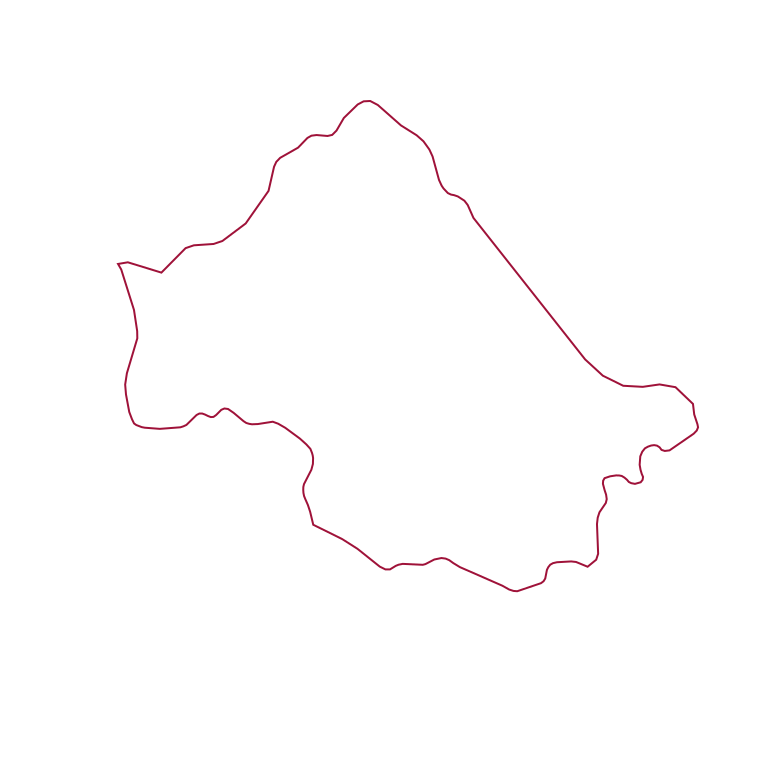 SVG path tracing the border of Pordenone, rotated 314°
{"feature_id": "ITA-5456", "entity_name": "Pordenone", "entity_type": "Province", "adm_level": 1, "iso_a3": "ITA", "parent_name": "Italy", "parent_adm1": "", "projection": "albers", "projection_center": [12.662, 46.102], "detail": "fine", "context": "isolated", "style": "outline", "palette": "rose", "viewbox_px": 768, "rotation_deg": 314, "n_neighbors": 0, "source": "natural_earth", "source_scale": "10m", "svg_char_len": 2290}
<svg xmlns="http://www.w3.org/2000/svg" viewBox="0 0 768 768"><g transform="rotate(314 384 384)"><path d="M285.6,109.3L293.6,115.2L309.5,146.5L343.9,146.9L351.7,150.9L366.3,164.1L374.6,168.4L403.4,173.0L442.7,166.8L463.9,154.0L469.0,152.2L474.6,152.2L494.3,158.0L507.8,158.0L512.2,159.3L516.2,162.5L523.2,171.1L527.2,173.7L533.3,173.8L547.5,170.3L566.8,170.9L573.2,173.0L578.0,177.5L580.4,185.7L581.8,216.6L585.6,234.7L586.0,243.8L584.2,253.7L581.4,260.9L569.0,281.8L566.7,287.7L566.0,291.0L565.7,297.3L566.8,300.6L568.5,303.2L570.2,306.8L571.7,314.5L570.9,319.9L565.6,333.0L541.4,511.6L542.0,535.7L548.9,557.3L561.7,572.1L575.1,582.5L584.2,595.9L584.3,620.1L577.6,628.3L572.8,637.4L571.0,640.0L567.8,641.3L563.4,641.3L534.6,635.5L530.9,632.5L529.4,629.4L529.9,626.2L529.3,623.2L527.7,620.8L525.3,618.9L522.3,617.4L519.0,616.4L514.7,616.8L510.0,618.6L503.5,624.0L500.5,628.1L498.4,631.8L497.1,634.9L494.7,636.6L491.6,636.9L486.5,633.9L484.4,630.7L483.6,628.1L483.9,625.3L483.7,622.0L483.0,618.9L481.4,616.5L479.4,614.4L474.7,610.8L469.5,608.1L466.7,608.8L464.3,610.8L460.8,616.6L458.7,620.6L455.9,624.2L452.5,626.2L441.4,628.1L436.3,630.6L431.2,634.5L410.6,656.0L405.0,658.7L394.0,657.4L389.4,645.8L386.4,641.9L375.9,632.2L372.5,630.0L369.5,629.1L366.4,629.4L363.5,630.3L356.1,635.1L353.0,635.8L349.8,635.3L327.5,623.8L325.1,620.9L323.1,616.8L321.1,609.2L305.0,565.8L303.3,558.2L302.6,553.3L301.2,549.6L298.7,546.2L292.7,542.1L283.2,538.9L280.9,537.5L267.6,522.4L264.1,520.0L261.4,518.8L254.8,517.1L251.6,513.8L249.7,507.8L247.0,479.3L243.4,461.7L236.1,438.7L235.8,437.8L233.6,430.9L240.8,419.6L244.1,413.3L246.6,407.2L247.9,404.3L249.7,401.7L251.7,399.5L253.9,397.5L256.4,396.0L271.9,391.3L277.1,388.4L281.5,384.4L283.1,382.3L284.4,380.1L286.2,376.1L286.6,370.1L286.3,361.4L283.9,343.4L281.9,335.4L279.6,330.2L267.6,321.1L263.3,317.0L261.7,314.7L260.3,312.0L259.7,308.8L258.8,295.9L257.7,289.2L255.5,286.2L252.4,284.9L245.1,284.8L241.9,284.2L239.9,282.4L238.7,279.6L237.7,276.5L236.5,273.8L234.5,271.7L231.5,270.7L217.3,270.3L214.2,269.1L211.4,267.6L196.0,253.9L186.4,242.3L184.7,239.7L182.4,234.3L182.0,231.6L183.6,227.2L186.9,220.2L197.3,205.6L203.8,198.2L213.1,191.6L245.5,174.8L250.6,169.7L263.6,152.7L283.8,115.5L285.6,109.3Z" fill="none" stroke="#9f1239" stroke-width="2"/></g></svg>